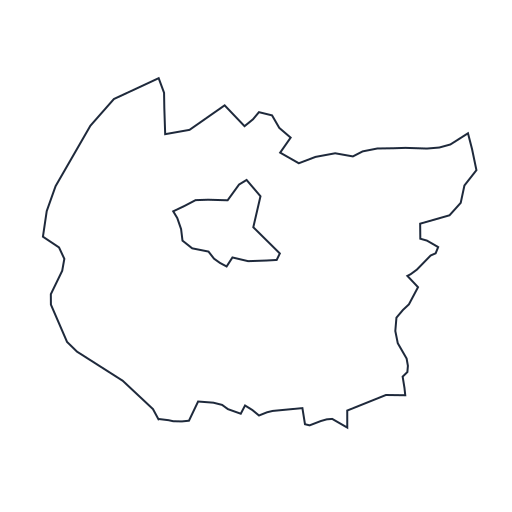 the border of Daugavpils, rotated 94°
{"feature_id": "LVA-1081", "entity_name": "Daugavpils", "entity_type": "Municipality", "adm_level": 1, "iso_a3": "LVA", "parent_name": "Latvia", "parent_adm1": "", "projection": "mercator", "projection_center": [26.626, 55.932], "detail": "fine", "context": "isolated", "style": "outline", "palette": "slate", "viewbox_px": 512, "rotation_deg": 94, "n_neighbors": 0, "source": "natural_earth", "source_scale": "10m", "svg_char_len": 1522}
<svg xmlns="http://www.w3.org/2000/svg" viewBox="0 0 512 512"><g transform="rotate(94 256 256)"><path d="M251.6,469.9L225.8,467.9L200.3,460.8L137.6,430.3L109.3,408.7L85.4,365.5L99.6,359.1L114.6,357.8L140.8,355.1L134.8,331.1L107.9,297.8L127.3,276.5L119.8,268.5L112.3,263.1L114.6,249.8L126.6,241.7L135.5,229.7L151.2,239.1L160.5,219.8L153.0,203.6L148.0,184.2L149.9,166.3L144.2,156.9L140.3,142.5L138.9,126.1L137.7,114.4L136.9,93.0L135.0,80.7L131.2,69.9L118.8,53.1L134.4,47.9L155.0,42.1L171.1,53.0L188.7,55.5L201.9,65.8L212.3,94.5L227.3,93.3L228.7,86.6L234.4,74.9L240.8,77.0L243.3,81.8L258.4,94.6L263.4,100.5L265.3,103.6L275.8,92.2L293.6,100.1L299.5,105.6L307.7,111.6L321.1,111.8L333.1,108.5L347.8,98.6L355.0,96.8L361.2,96.9L366.1,101.3L377.2,98.7L384.5,97.4L385.6,116.7L403.8,154.2L420.8,153.0L413.2,168.6L414.0,174.0L416.1,179.8L421.2,190.7L420.4,195.4L404.5,199.1L409.4,228.6L411.1,234.0L414.9,241.9L409.9,248.9L405.9,256.5L414.4,260.2L410.7,273.4L406.9,279.4L405.3,288.3L405.2,303.6L425.0,311.4L426.2,318.5L426.6,327.1L425.9,331.7L425.4,341.3L425.5,341.6L425.7,341.9L415.9,348.1L389.8,380.2L363.9,427.9L354.9,438.5L318.8,457.2L308.4,458.0L284.3,448.3L272.2,447.0L261.2,453.1L251.6,469.9ZM217.2,341.7L223.6,337.2L234.4,332.6L245.8,330.4L252.8,320.2L254.9,303.7L261.6,297.7L265.4,291.5L268.5,284.6L259.1,279.4L261.7,263.5L259.8,245.4L258.5,235.1L251.8,232.4L227.5,260.7L196.1,255.7L180.8,270.7L185.9,277.9L202.4,288.2L203.2,307.7L204.5,320.2L210.8,330.4L217.2,341.7Z" fill="none" stroke="#1e293b" stroke-width="2"/></g></svg>